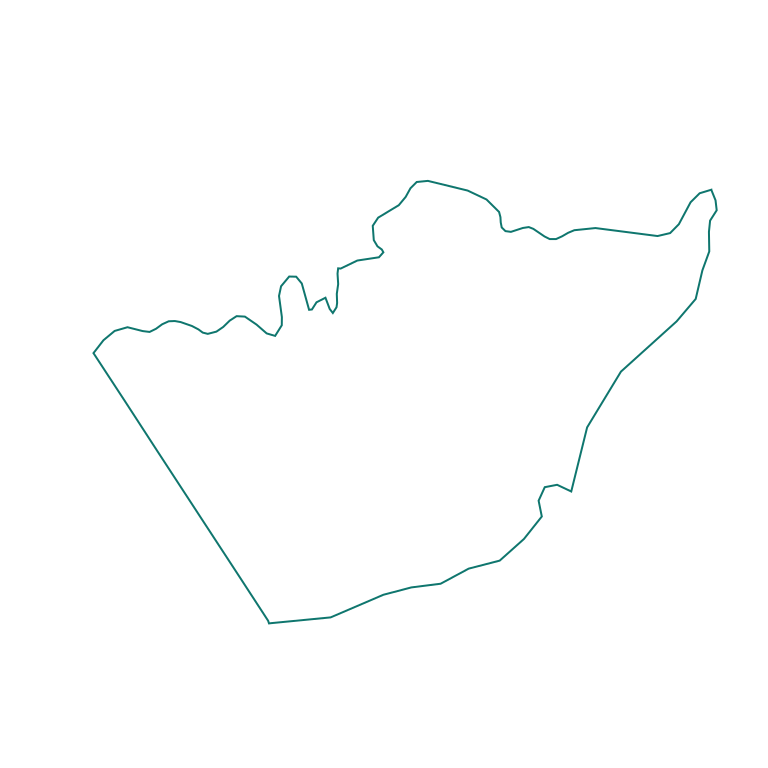 the District of Kaabong, rotated 282°
{"feature_id": "UGA-3125", "entity_name": "Kaabong", "entity_type": "District", "adm_level": 1, "iso_a3": "UGA", "parent_name": "Uganda", "parent_adm1": "", "projection": "mercator", "projection_center": [34.168, 3.648], "detail": "fine", "context": "isolated", "style": "outline", "palette": "teal", "viewbox_px": 768, "rotation_deg": 282, "n_neighbors": 0, "source": "natural_earth", "source_scale": "10m", "svg_char_len": 1497}
<svg xmlns="http://www.w3.org/2000/svg" viewBox="0 0 768 768"><g transform="rotate(282 384 384)"><path d="M125.9,321.3L128.3,319.9L165.7,282.4L214.2,233.6L270.9,176.6L312.7,134.8L353.8,93.4L368.5,100.5L379.9,109.5L386.2,121.3L385.6,137.0L386.2,143.9L390.6,149.5L396.3,154.6L400.6,160.4L402.1,166.3L402.3,172.2L400.8,184.1L398.8,191.2L396.6,196.0L396.4,201.2L400.4,209.2L406.4,214.9L413.9,219.9L419.7,225.7L421.0,233.9L415.6,247.0L409.1,258.7L408.4,267.5L420.2,271.8L428.2,270.2L448.3,263.0L458.2,263.0L469.4,268.9L470.7,275.8L465.2,282.7L441.0,295.3L441.9,298.0L449.9,301.0L456.2,308.8L446.1,315.3L442.8,319.2L449.2,321.6L453.5,321.3L462.3,319.1L472.2,318.4L482.3,315.6L487.6,315.1L487.9,317.6L499.2,332.2L506.9,352.7L512.7,356.0L515.1,353.9L517.3,349.0L522.6,344.1L536.4,340.1L545.5,343.7L562.0,361.3L571.5,366.3L581.0,369.2L588.4,374.0L591.8,384.7L590.6,425.6L585.8,445.9L576.2,460.8L571.4,463.2L566.3,464.6L561.6,466.6L558.8,471.0L559.2,476.5L565.5,487.4L567.6,493.0L566.8,497.8L561.7,510.3L560.2,516.0L561.5,522.1L565.5,527.5L570.2,532.7L574.0,538.2L580.5,558.4L585.6,620.8L591.1,632.5L601.6,639.2L625.5,646.1L636.2,653.1L642.1,663.8L641.8,663.9L632.6,670.1L623.1,673.3L611.6,669.0L600.4,670.2L581.3,674.6L561.3,671.8L532.0,671.2L506.1,657.2L445.4,613.2L383.8,591.7L317.8,589.5L321.4,574.3L316.5,562.7L302.0,559.5L287.2,565.9L261.5,553.1L235.3,533.9L221.0,505.2L200.4,480.9L190.7,453.0L177.7,427.2L144.6,380.3L126.7,323.6L125.9,321.3Z" fill="none" stroke="#0f766e" stroke-width="2"/></g></svg>